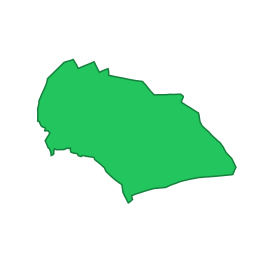 the district of Afaq, Al-Qādisiyyah, Iraq, rotated 335°
{"feature_id": "34846034B39567841057501", "entity_name": "Afaq", "entity_type": "district", "adm_level": 2, "iso_a3": "IRQ", "parent_name": "Iraq", "parent_adm1": "Al-Qādisiyyah", "projection": "mercator", "projection_center": [45.306, 32.022], "detail": "fine", "context": "isolated", "style": "filled", "palette": "green", "viewbox_px": 256, "rotation_deg": 335, "n_neighbors": 0, "source": "geoboundaries", "source_scale": "gbopen_adm2", "svg_char_len": 3070}
<svg xmlns="http://www.w3.org/2000/svg" viewBox="0 0 256 256"><g transform="rotate(335 128 128)"><path d="M175.1,113.2L172.9,112.3L169.8,110.8L168.4,110.3L166.7,109.4L165.8,109.2L164.8,106.3L164.2,104.8L162.8,99.0L162.1,96.0L161.2,93.6L160.9,92.0L156.1,89.0L152.2,86.4L147.7,83.1L146.6,82.3L144.1,80.4L140.9,78.1L139.3,77.0L137.2,75.4L134.6,73.4L132.8,72.2L134.2,68.8L134.7,67.4L135.0,65.8L132.5,65.6L128.6,65.4L126.5,65.4L125.6,65.4L125.3,57.9L125.3,55.4L125.2,53.6L121.4,53.6L114.6,53.2L111.3,53.1L109.4,53.1L108.0,52.8L108.0,48.9L107.6,45.9L107.5,44.1L107.3,42.7L104.2,42.5L99.6,41.7L97.4,41.6L96.5,42.0L95.2,42.5L91.4,43.8L90.6,44.1L88.3,44.9L84.4,46.3L78.0,48.5L75.9,49.3L75.0,50.6L73.8,52.2L72.4,53.7L71.8,54.4L70.4,55.5L69.1,56.8L67.5,58.1L65.6,59.7L63.4,61.6L61.5,63.4L59.9,64.7L58.6,66.1L57.7,68.0L55.6,70.7L54.2,72.5L53.6,74.1L52.4,76.8L51.7,78.3L51.2,79.2L50.5,80.8L49.6,82.6L49.2,83.3L49.1,83.5L49.4,84.2L50.1,84.4L50.3,85.2L50.3,85.6L50.1,87.7L50.2,88.6L50.2,89.7L50.8,90.7L52.7,92.6L53.1,93.2L52.6,94.0L51.4,94.9L51.4,95.4L52.1,95.9L53.2,96.1L54.0,96.4L54.4,97.2L54.7,98.1L55.1,99.0L55.1,99.6L54.5,99.8L54.0,100.3L52.5,101.3L51.3,101.9L50.5,102.7L49.8,103.0L49.6,103.4L48.7,103.8L48.1,104.2L47.6,104.4L47.5,108.5L47.4,109.7L47.3,111.0L47.3,111.6L47.5,112.2L47.6,112.7L47.9,113.3L47.9,114.2L47.9,115.2L47.9,116.1L47.7,117.3L47.5,118.7L47.0,119.7L46.8,120.5L47.8,120.5L49.2,120.4L50.0,119.7L50.4,118.8L50.9,117.7L51.1,116.9L51.7,116.8L52.6,115.9L54.1,117.5L58.4,119.4L60.8,120.5L62.4,120.6L63.9,120.5L64.8,120.7L65.2,121.3L65.9,121.5L66.7,121.6L67.2,121.6L67.3,122.3L66.5,123.3L66.1,125.8L67.9,127.6L70.7,129.5L71.3,130.0L71.2,131.9L73.5,134.1L75.4,133.8L78.4,136.1L84.0,139.7L84.7,140.2L84.5,142.6L87.9,149.4L89.8,154.1L89.7,158.0L91.1,161.6L91.9,163.8L94.1,168.8L97.2,174.6L98.5,176.7L96.2,184.5L96.3,188.9L96.6,195.4L96.6,196.0L97.9,195.9L100.3,195.2L102.0,194.6L102.0,193.6L102.4,191.9L102.7,190.8L104.0,191.0L105.6,191.0L107.9,191.2L111.6,191.7L113.3,191.9L116.0,192.2L119.4,192.7L120.3,192.8L122.6,193.2L125.0,193.7L125.8,193.7L126.4,194.0L127.9,194.4L128.9,194.9L130.8,195.5L133.3,196.4L135.3,197.2L136.4,197.5L137.2,197.8L137.8,197.8L139.1,197.8L142.5,197.8L145.3,198.0L147.7,198.3L151.4,198.5L154.6,198.9L156.3,199.3L160.8,200.2L163.0,200.7L166.5,201.6L168.1,202.0L169.6,202.4L170.8,202.6L172.4,203.3L173.9,203.8L175.7,204.4L178.0,205.3L180.6,206.4L182.8,207.1L185.3,208.1L189.1,209.5L193.9,211.2L199.0,213.0L202.3,214.2L203.4,214.4L205.0,212.9L206.9,211.1L209.2,209.3L209.2,207.8L209.2,203.3L209.1,199.5L206.5,191.7L206.3,188.8L206.2,185.6L205.9,184.1L205.6,182.3L205.2,180.1L204.3,178.4L202.5,174.1L200.8,169.9L199.4,165.3L198.1,162.5L196.8,159.3L196.1,157.5L195.9,153.1L196.4,150.9L197.7,146.6L198.2,144.2L196.2,141.2L194.0,137.7L191.2,133.4L189.7,131.2L188.6,129.2L187.4,127.7L187.3,127.1L187.6,126.7L188.7,125.6L190.3,124.1L191.2,123.2L191.4,122.9L191.4,122.4L190.9,121.3L190.4,120.3L190.1,119.7L188.5,118.9L183.3,116.8L181.7,115.9L179.1,114.8L177.7,114.3L176.3,113.8L175.1,113.2Z" fill="#22c55e" stroke="#15803d" stroke-width="1.5"/></g></svg>